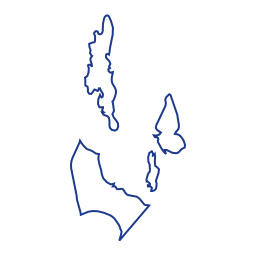 the border of Surigao del Norte
{"feature_id": "PHL-2593", "entity_name": "Surigao del Norte", "entity_type": "Province", "adm_level": 1, "iso_a3": "PHL", "parent_name": "Philippines", "parent_adm1": "", "projection": "equal_earth", "projection_center": [125.751, 9.888], "detail": "fine", "context": "isolated", "style": "outline", "palette": "blue", "viewbox_px": 256, "rotation_deg": 0, "n_neighbors": 0, "source": "natural_earth", "source_scale": "10m", "svg_char_len": 3235}
<svg xmlns="http://www.w3.org/2000/svg" viewBox="0 0 256 256"><path d="M80.8,214.8L80.4,212.0L77.3,200.9L76.9,198.9L76.5,195.0L71.2,168.5L71.0,164.9L71.4,161.3L72.4,158.1L79.5,142.6L80.0,140.6L81.7,143.4L84.2,146.5L87.0,149.1L91.8,150.8L96.0,153.6L98.9,154.0L98.3,158.7L99.4,164.3L101.1,170.0L102.0,175.0L103.4,178.5L106.8,182.2L110.8,184.4L114.0,183.6L113.8,184.3L113.6,185.0L113.4,185.6L112.9,186.4L114.8,186.3L115.9,187.3L116.9,189.1L118.4,189.2L121.5,188.8L122.9,189.1L125.6,193.2L126.9,194.5L128.3,195.1L136.8,196.7L139.5,198.7L144.4,204.6L145.8,205.1L147.6,205.1L149.2,205.5L119.3,240.6L121.0,234.7L121.6,231.6L120.5,229.3L119.6,226.5L118.9,225.0L115.2,219.5L113.9,218.0L111.8,216.3L109.8,215.1L103.7,212.7L98.1,211.3L93.1,211.0L88.4,211.7L80.8,214.8ZM117.9,123.2L118.2,126.6L117.2,129.3L115.0,130.6L111.9,129.9L109.8,127.6L109.4,124.7L109.5,121.4L109.0,117.9L107.6,116.3L103.5,114.7L102.0,112.4L103.5,112.5L103.9,112.4L102.7,111.3L102.1,110.4L102.3,109.4L103.0,108.4L103.0,107.2L99.5,107.3L98.0,104.0L98.3,99.3L100.0,95.0L100.7,96.6L101.7,97.4L102.6,96.8L103.0,94.3L102.6,93.3L100.7,90.2L100.0,88.3L98.9,88.3L98.2,90.7L97.3,90.9L96.0,90.1L94.5,89.5L93.6,90.5L92.5,92.4L91.1,94.0L89.0,93.6L87.9,91.6L87.9,88.9L87.5,86.6L85.5,85.6L85.3,84.6L85.3,79.5L85.0,77.6L87.2,76.2L88.5,72.7L88.8,68.5L88.0,65.3L89.1,64.7L90.2,64.8L91.1,65.5L92.1,66.8L91.6,63.7L90.6,61.0L90.4,58.5L92.1,56.0L91.3,55.5L91.0,54.9L90.7,54.2L90.0,53.2L90.6,50.2L89.4,46.7L89.2,43.8L92.6,42.5L94.4,42.2L95.0,41.1L95.1,36.5L94.7,35.1L94.2,34.1L94.1,33.2L95.1,31.7L95.8,31.2L96.8,31.2L97.7,31.6L98.5,33.9L99.7,34.3L101.0,34.0L102.0,33.2L102.7,31.2L103.0,23.7L104.0,18.9L104.8,16.9L106.0,15.7L107.7,15.4L108.9,16.4L111.0,21.0L112.9,27.5L112.7,34.5L110.0,47.9L109.4,52.9L109.0,54.6L108.5,54.1L107.2,53.9L106.1,54.7L106.0,57.3L107.2,58.9L109.3,61.2L110.4,63.8L109.0,66.8L110.0,68.1L108.3,69.3L108.7,71.3L110.5,72.7L112.9,72.1L111.8,77.5L111.7,80.9L112.4,83.6L114.8,87.5L115.8,89.9L116.0,92.3L115.5,94.8L114.5,97.9L113.4,100.6L112.4,101.7L112.9,103.0L114.0,110.9L112.4,114.1L113.7,117.3L116.1,120.4L117.9,123.2ZM182.9,139.4L184.1,141.8L185.0,144.8L184.7,147.5L181.4,149.2L179.0,151.9L177.8,152.8L176.3,153.2L172.4,152.8L166.7,150.0L164.8,150.0L165.9,154.0L163.7,151.7L161.6,148.7L157.9,142.0L157.8,141.1L158.1,140.3L158.3,139.3L157.9,137.9L157.0,137.3L155.9,137.3L154.8,137.0L153.8,135.3L155.8,135.5L157.7,135.3L159.5,134.4L160.9,132.5L159.2,131.5L157.2,130.0L155.8,127.9L156.3,125.2L165.3,106.2L165.8,104.3L165.8,102.5L165.4,100.8L165.4,99.0L166.4,97.0L169.2,94.3L170.5,95.0L177.2,114.5L178.9,125.1L178.9,127.2L178.2,129.3L175.9,132.0L174.9,133.9L177.7,134.4L179.6,135.3L181.1,136.9L182.9,139.4ZM157.4,167.5L159.0,169.3L158.4,173.4L155.9,180.9L156.6,183.3L156.5,186.4L155.7,189.2L154.3,190.4L152.1,191.1L151.1,191.0L151.9,187.9L151.0,186.8L149.3,186.3L147.9,186.4L147.9,185.1L149.4,185.1L149.9,185.1L149.9,183.6L146.9,180.9L146.9,182.4L146.5,180.6L146.6,178.7L147.9,174.4L148.5,173.0L149.1,172.5L149.6,171.9L149.9,170.1L149.9,168.4L149.7,166.2L149.8,164.9L148.4,161.8L148.2,157.2L149.3,153.0L151.8,151.3L152.7,152.7L153.0,153.8L152.9,155.5L154.3,154.6L154.8,154.0L155.1,157.2L154.8,161.7L155.2,165.8L157.4,167.5Z" fill="none" stroke="#1e3a8a" stroke-width="2"/></svg>